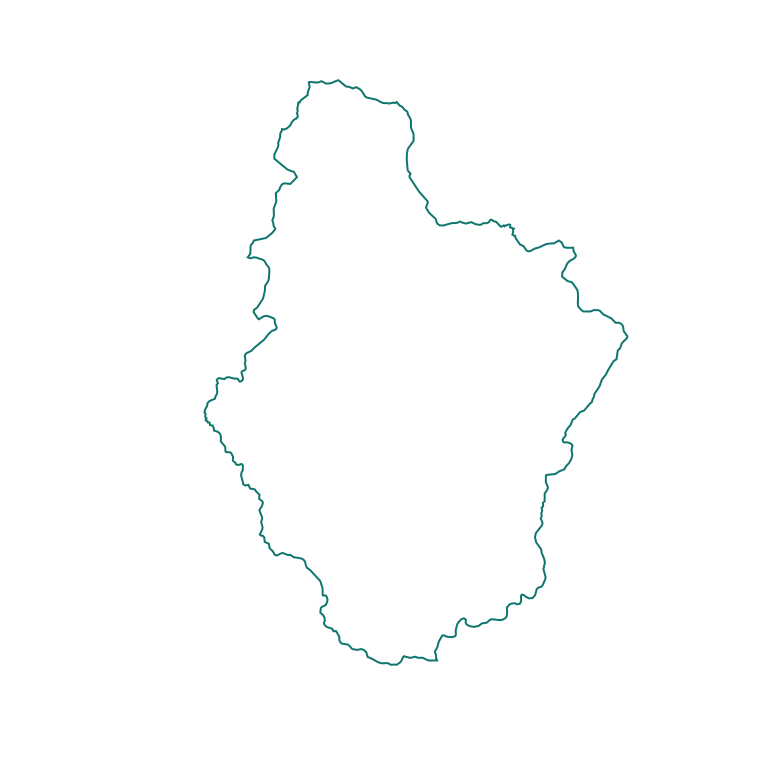 Phipun, Nakhon Si Thammarat, Thailand (Albers equal-area conic projection), rotated 220°
{"feature_id": "78962969B61248323272668", "entity_name": "Phipun", "entity_type": "district", "adm_level": 2, "iso_a3": "THA", "parent_name": "Thailand", "parent_adm1": "Nakhon Si Thammarat", "projection": "albers", "projection_center": [99.622, 8.602], "detail": "fine", "context": "isolated", "style": "outline", "palette": "teal", "viewbox_px": 768, "rotation_deg": 220, "n_neighbors": 0, "source": "geoboundaries", "source_scale": "gbopen_adm2", "svg_char_len": 6166}
<svg xmlns="http://www.w3.org/2000/svg" viewBox="0 0 768 768"><g transform="rotate(220 384 384)"><path d="M165.6,206.4L167.8,207.4L169.8,209.7L173.0,211.6L173.9,216.5L176.4,221.9L177.7,228.4L176.9,229.8L173.3,230.9L171.4,232.1L168.9,234.1L167.4,236.5L167.7,238.1L170.7,241.3L173.4,247.0L173.8,249.4L173.6,253.3L172.9,254.9L171.6,256.1L169.7,256.0L168.0,253.6L166.0,252.9L162.7,253.6L158.9,255.8L156.0,259.5L155.1,263.6L151.8,267.3L151.4,270.9L150.6,272.8L143.6,277.5L141.6,279.6L140.5,282.8L140.7,284.9L142.6,287.9L146.2,291.8L146.1,295.8L145.0,298.0L142.8,300.2L140.4,300.7L138.7,302.9L139.2,305.6L142.9,309.8L142.9,311.4L141.3,312.1L137.5,312.4L135.0,313.1L132.6,315.5L132.5,319.3L135.2,325.1L134.9,327.3L133.1,330.0L133.1,331.7L134.8,337.6L135.9,339.8L143.0,344.8L145.8,350.5L149.1,353.1L154.3,355.8L157.5,358.4L165.6,360.5L169.8,363.6L171.8,367.4L172.1,376.6L172.8,378.9L174.4,380.3L177.4,381.6L177.9,383.6L180.5,386.4L181.3,388.6L183.7,390.4L183.5,392.7L185.8,395.0L185.6,397.5L190.7,403.6L190.6,405.9L191.5,409.6L192.7,410.7L196.8,412.7L201.2,418.0L200.6,419.3L194.9,425.1L193.6,429.8L191.0,434.5L191.7,437.8L191.4,442.2L192.3,447.0L194.1,450.7L198.1,454.1L199.9,457.9L202.0,458.5L204.0,458.1L206.3,457.0L208.4,455.0L210.0,454.9L211.5,456.4L211.9,461.9L213.5,462.8L214.0,463.6L214.8,468.3L214.7,472.6L216.6,478.1L215.7,480.0L215.7,488.4L213.6,492.6L213.6,500.9L213.2,503.9L214.5,506.7L214.9,509.0L216.4,511.5L217.4,520.8L219.9,527.2L220.1,533.9L221.4,539.4L222.8,549.3L221.8,552.3L226.6,560.2L226.0,562.7L228.0,568.1L227.4,575.5L228.2,577.0L234.4,578.6L237.7,581.6L239.3,582.3L241.4,582.5L243.5,581.9L245.9,579.8L252.0,580.4L260.9,578.3L265.9,578.8L267.1,578.4L270.7,575.6L272.5,572.2L277.9,567.7L280.7,567.5L284.9,568.2L286.9,569.8L292.7,577.2L296.2,580.3L304.7,582.6L306.1,582.5L309.4,580.9L316.7,580.7L319.1,584.3L319.3,587.8L321.1,594.3L320.8,597.9L319.1,602.1L319.1,605.0L319.8,606.0L324.3,607.7L326.7,610.0L330.8,606.4L333.5,604.7L334.9,604.8L338.6,606.5L342.2,606.4L344.3,600.8L347.5,598.0L349.8,595.2L353.3,587.8L355.3,585.1L357.6,579.4L359.0,578.2L361.1,577.9L365.5,579.3L369.5,578.3L377.2,580.4L378.8,581.9L379.7,581.2L381.6,580.9L382.7,583.4L384.4,585.2L384.4,586.5L388.1,585.0L389.5,587.0L390.9,586.6L392.0,584.3L392.8,583.8L393.0,582.3L394.2,582.4L394.9,580.4L395.8,579.6L402.2,580.3L404.8,579.2L407.4,578.9L408.1,578.1L407.7,575.2L408.7,573.2L411.4,570.9L412.0,568.6L412.9,567.5L416.5,565.3L421.2,564.1L424.3,559.6L428.0,557.9L430.0,557.5L431.7,554.3L435.6,550.7L440.6,543.3L443.3,541.4L446.0,541.1L447.6,541.7L450.2,543.6L459.7,544.2L464.5,545.8L465.4,546.5L467.2,551.4L468.5,552.1L480.9,553.9L497.2,558.8L498.2,559.6L498.9,562.2L501.9,562.5L503.5,563.2L510.7,570.4L514.6,575.3L516.9,579.5L517.6,589.3L522.1,594.6L528.0,597.6L532.8,603.2L535.2,604.6L538.0,605.4L541.3,607.6L544.7,607.3L547.9,608.0L551.0,607.4L555.6,608.1L556.1,606.3L557.6,605.6L560.4,602.1L563.1,600.5L564.5,599.1L567.8,597.8L572.5,597.0L581.0,592.5L582.9,592.1L590.0,594.3L592.7,594.2L596.1,593.5L597.7,590.5L601.9,589.1L604.3,587.5L614.3,587.4L617.9,580.6L619.6,578.5L621.6,576.9L626.6,575.7L627.7,573.5L629.2,571.8L635.0,567.7L635.5,566.7L631.8,563.7L629.8,558.2L628.2,556.2L630.0,548.3L630.0,546.4L629.5,545.6L630.5,544.8L630.5,544.2L629.1,542.6L627.7,539.5L625.5,537.5L624.7,535.4L623.5,534.9L621.8,533.2L621.8,530.8L622.3,530.2L623.0,527.4L622.7,524.1L622.0,522.0L622.6,517.7L624.1,514.7L626.0,513.7L625.2,512.5L624.4,509.1L621.9,505.9L621.9,504.7L621.1,503.7L620.3,501.0L618.7,499.5L617.4,496.9L615.5,489.2L612.7,486.1L596.3,486.2L592.6,487.2L589.4,488.6L583.6,486.5L584.4,477.0L589.4,473.6L590.4,471.6L590.4,469.5L589.0,465.0L589.5,460.6L583.9,454.7L581.2,447.4L576.3,441.9L574.7,437.6L572.2,436.1L569.9,433.9L567.4,433.3L566.8,432.6L566.8,427.4L568.3,419.9L575.9,410.3L575.2,407.7L575.2,404.4L570.1,397.8L569.8,393.5L567.2,394.4L565.5,396.9L563.7,398.5L556.6,401.3L554.7,401.4L550.6,399.9L546.6,399.1L544.3,396.7L540.0,390.8L538.8,388.2L538.2,382.8L535.3,379.0L531.6,371.8L530.3,361.1L531.2,357.2L530.3,355.4L523.3,353.2L521.4,353.2L519.8,358.3L518.5,360.1L515.5,361.9L510.4,363.4L509.1,363.1L506.9,360.6L502.7,358.5L502.0,357.4L502.0,356.3L504.0,352.4L504.6,348.4L504.3,341.1L506.6,328.8L507.0,323.8L509.1,319.6L509.2,317.6L508.6,315.9L505.0,312.8L503.9,310.3L501.3,308.5L499.8,306.9L499.5,305.0L500.9,302.7L500.7,301.3L495.9,298.0L495.0,296.5L494.9,295.0L495.9,293.2L496.9,293.1L498.7,293.9L500.2,293.6L502.4,291.7L507.1,289.6L508.7,288.0L509.5,285.0L514.2,282.5L514.8,280.4L514.5,279.2L511.7,277.9L511.6,275.5L506.6,270.8L505.5,268.8L505.2,266.5L504.1,263.8L506.7,258.9L506.9,255.8L505.3,253.4L504.9,250.4L503.2,246.7L501.5,246.5L499.9,243.9L498.1,243.7L498.2,243.0L497.4,241.6L497.1,241.4L495.8,242.3L494.3,241.3L492.8,242.3L490.8,240.7L488.6,242.0L486.3,241.0L484.4,239.1L480.1,240.7L477.6,240.4L475.1,238.9L472.1,235.1L465.4,233.9L462.0,230.4L461.2,230.3L457.9,232.8L456.7,232.8L452.9,231.3L450.6,228.2L449.8,228.0L447.3,228.2L445.9,227.3L443.6,228.2L441.8,231.1L440.5,231.2L439.4,230.5L436.6,227.0L436.4,224.8L434.7,222.1L427.0,216.6L424.7,217.3L423.0,219.6L419.4,217.9L415.2,220.2L412.3,219.4L408.3,219.2L405.8,215.7L402.1,216.0L400.5,215.3L399.2,212.5L398.3,207.2L391.4,203.3L390.3,201.8L389.5,199.4L384.8,196.1L383.7,194.1L382.4,188.9L381.2,188.7L379.3,189.8L377.4,189.6L373.8,186.4L369.6,187.6L366.1,184.7L361.3,184.3L358.0,183.0L356.9,183.2L355.9,183.8L353.6,188.8L352.8,189.5L347.5,191.3L345.8,193.0L342.1,193.2L335.2,197.2L332.7,197.7L330.2,197.1L327.6,195.1L324.8,193.7L321.1,194.0L306.2,192.1L299.8,188.1L295.3,182.9L294.6,182.8L293.3,184.2L292.0,184.6L288.7,182.6L287.3,180.1L286.6,177.1L288.2,173.5L288.4,171.8L285.8,167.9L282.0,167.8L279.4,166.8L277.1,164.6L276.5,162.4L274.8,161.3L272.1,161.0L266.3,163.2L263.8,162.1L262.0,163.9L256.0,161.8L253.4,159.0L251.0,158.0L248.8,158.3L244.4,161.1L241.6,161.2L239.0,160.6L237.5,160.8L233.6,163.1L231.1,166.3L228.7,167.3L225.1,167.1L221.1,164.4L216.6,165.8L209.9,167.0L206.3,168.5L201.7,172.6L198.1,173.4L195.5,176.0L193.9,176.9L192.7,180.9L192.7,182.8L193.9,187.4L193.7,188.3L188.0,190.9L184.6,195.3L182.3,195.9L178.4,199.1L172.3,200.7L165.6,206.4Z" fill="none" stroke="#0f766e" stroke-width="2"/></g></svg>